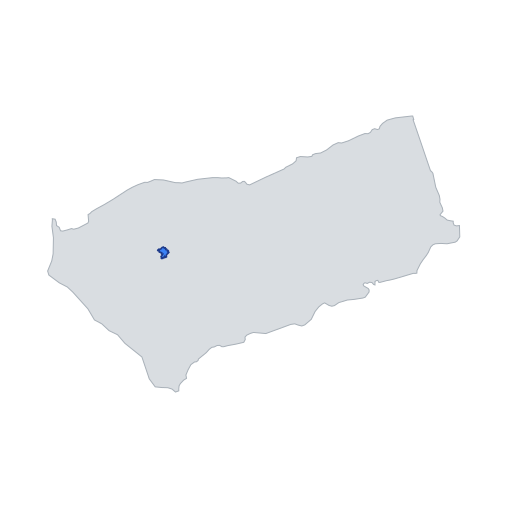 location of Atwima Kwanwoma, Ashanti, Ghana, rotated 72°
{"feature_id": "2480657B14749544754301", "entity_name": "Atwima Kwanwoma", "entity_type": "district", "adm_level": 2, "iso_a3": "GHA", "parent_name": "Ghana", "parent_adm1": "Ashanti", "projection": "equal_earth", "projection_center": [-1.697, 6.59], "detail": "fine", "context": "in_parent", "style": "filled", "palette": "blue", "viewbox_px": 512, "rotation_deg": 72, "n_neighbors": 0, "source": "geoboundaries", "source_scale": "gbopen_adm2", "svg_char_len": 5264}
<svg xmlns="http://www.w3.org/2000/svg" viewBox="0 0 512 512"><g transform="rotate(72 256 256)"><path d="M300.8,56.3L303.8,60.1L304.4,62.3L303.4,70.5L301.2,76.2L299.8,81.6L300.0,84.2L301.3,86.9L305.9,91.1L308.2,93.9L311.0,98.0L314.2,102.1L319.6,107.4L322.0,108.3L321.8,109.8L321.1,111.8L320.6,131.5L320.2,136.6L319.8,139.1L319.4,146.5L318.8,147.5L317.8,147.5L316.8,147.7L316.6,149.2L317.0,150.7L320.3,151.8L319.5,152.9L317.1,153.9L316.0,156.1L316.5,158.6L315.1,160.7L315.5,162.0L316.4,163.0L317.8,162.7L321.6,159.3L323.2,158.9L325.2,159.6L328.9,164.8L329.0,167.3L327.6,176.0L326.1,182.7L325.9,191.6L327.4,196.7L327.2,199.4L325.6,201.8L321.8,205.2L322.1,207.6L323.8,212.0L327.0,216.9L333.3,223.0L336.6,230.9L336.7,234.1L334.7,237.3L332.5,240.1L331.8,244.1L332.8,270.6L327.9,282.1L327.9,285.4L328.4,289.2L329.7,291.5L332.2,292.1L334.3,294.3L333.6,302.4L332.5,310.6L332.3,314.6L331.7,316.5L329.8,318.1L329.1,320.6L329.6,323.9L329.2,326.2L330.3,329.3L332.5,333.1L336.2,342.6L337.5,343.4L338.2,345.4L337.8,347.3L339.2,351.5L343.2,355.7L347.5,359.4L350.9,359.9L351.7,363.2L354.0,367.4L355.6,369.2L358.2,370.4L360.4,371.1L360.5,374.6L356.6,377.0L354.0,380.6L352.0,386.2L349.3,392.3L339.8,395.5L336.2,395.5L316.8,395.7L298.5,407.7L288.1,412.0L281.6,418.8L272.9,423.6L266.9,429.4L254.3,432.2L233.7,441.4L227.2,445.0L220.7,451.4L210.1,458.9L205.9,458.8L197.6,451.8L191.3,448.3L176.0,443.0L164.6,440.9L159.1,438.6L157.6,438.2L158.9,435.7L162.0,435.5L165.4,436.3L167.9,434.3L171.6,434.1L172.6,432.1L172.9,427.0L172.9,423.0L174.2,421.1L174.5,416.3L172.7,405.7L171.4,404.5L164.7,402.9L164.3,400.8L163.1,398.6L161.8,393.1L160.3,384.9L158.0,374.8L153.5,358.1L152.4,352.3L151.7,346.2L151.5,339.1L152.5,336.4L152.3,332.7L151.9,329.0L155.1,320.5L161.3,310.1L162.6,306.4L163.7,303.8L163.9,300.0L165.0,287.9L168.0,273.3L169.8,267.8L171.1,264.8L172.6,259.9L173.0,257.7L178.7,251.9L181.3,250.4L181.9,248.1L181.0,245.7L181.4,244.0L182.8,243.2L184.9,242.5L186.4,240.1L184.0,222.1L182.1,204.2L182.0,202.6L180.8,200.2L179.7,192.7L177.8,188.4L175.1,187.1L175.1,183.1L177.8,176.2L178.5,172.1L177.2,170.9L177.0,167.8L178.0,162.7L177.5,159.5L177.0,156.2L174.2,148.4L173.6,142.8L175.0,139.6L175.0,132.5L173.5,121.5L173.2,114.6L174.3,111.7L173.8,109.0L171.7,106.4L171.6,103.8L173.3,101.4L173.1,99.4L171.0,98.0L169.0,94.7L167.3,89.3L167.7,80.8L170.9,65.0L171.3,63.7L175.0,63.8L175.0,64.5L186.4,64.3L199.4,64.1L214.9,63.9L229.0,63.7L229.6,63.0L232.0,62.2L246.2,63.8L255.1,63.0L258.9,63.5L261.7,64.6L267.8,63.9L271.1,64.3L273.6,68.2L274.6,68.2L276.0,66.5L278.4,64.6L280.9,63.1L282.7,60.0L283.8,57.7L285.4,58.2L287.8,58.1L289.3,56.1L289.9,53.1L300.8,56.3Z" fill="#d9dde1" stroke="#a8b0b8" stroke-width="1"/><path d="M229.1,341.3L228.8,341.3L228.7,341.3L228.3,341.3L228.2,341.2L227.9,341.1L227.7,341.0L227.4,341.0L227.5,341.0L227.4,341.0L227.3,340.9L227.2,340.6L227.1,340.4L227.0,340.2L226.9,340.0L226.7,339.9L226.5,339.7L226.4,339.5L226.4,339.4L226.4,339.2L226.4,338.9L226.2,338.7L225.9,338.2L225.8,337.9L225.7,337.8L225.6,338.0L225.4,338.1L225.2,338.4L225.0,338.5L224.9,338.7L224.7,338.8L224.5,338.3L224.5,338.1L224.4,337.9L224.0,337.9L223.9,337.8L223.5,338.1L223.4,338.2L223.4,338.3L223.3,338.1L223.1,338.2L223.0,338.3L223.1,338.5L222.9,338.6L222.7,339.0L222.4,339.3L222.2,339.5L222.0,339.9L221.9,339.9L221.6,339.8L221.4,339.8L221.4,339.7L221.2,339.7L221.1,339.8L220.9,339.8L220.9,339.7L220.8,339.8L220.7,340.1L220.5,340.3L220.5,340.1L220.4,340.1L220.4,339.8L220.3,339.7L220.1,339.7L220.0,340.0L220.0,340.4L219.9,340.5L219.8,340.8L219.6,340.8L219.4,340.9L219.3,341.0L219.2,341.1L219.1,341.3L218.8,341.3L218.7,341.4L218.7,341.5L218.8,341.7L218.9,341.8L218.9,342.0L219.0,342.3L218.9,342.4L218.9,342.5L218.9,342.8L219.0,342.9L219.1,343.1L219.3,343.6L219.5,343.8L219.8,343.9L219.9,344.2L219.9,344.3L219.8,344.6L219.8,344.8L219.9,345.0L220.0,345.1L220.0,345.4L219.8,345.6L219.7,345.7L219.6,345.8L219.5,346.0L219.4,346.2L219.4,346.3L219.5,346.5L219.7,346.8L219.8,347.0L220.0,347.2L219.9,347.4L219.9,347.5L220.2,347.8L220.3,347.8L220.4,347.7L220.5,347.7L220.6,347.4L220.6,347.2L220.7,346.9L220.7,346.7L220.8,346.7L221.0,346.5L221.1,346.4L221.3,346.4L221.5,346.5L221.8,346.8L222.0,346.9L222.3,346.8L222.2,346.4L222.4,346.0L222.5,345.9L222.4,345.9L222.5,345.9L222.8,345.8L223.0,346.0L223.1,345.9L223.3,345.8L223.4,345.7L223.5,345.5L223.6,345.4L223.7,345.0L223.6,344.8L223.7,344.7L223.9,344.6L224.0,344.7L223.9,344.8L224.0,344.8L224.4,344.8L224.5,344.8L224.8,344.9L224.9,345.1L225.1,345.2L225.3,345.0L225.4,344.9L225.5,344.5L225.5,344.4L225.5,344.1L225.8,344.3L226.0,344.6L226.1,344.8L226.2,345.0L226.5,345.3L226.6,345.5L226.8,345.8L227.0,346.2L227.0,346.3L227.3,346.4L227.3,346.5L227.5,346.5L227.7,346.4L227.9,346.4L228.0,346.3L228.1,346.5L228.3,346.5L228.8,346.7L229.0,346.8L229.2,346.7L229.2,346.4L229.2,346.2L229.2,345.9L229.2,345.7L229.0,345.4L229.0,345.2L228.9,345.2L229.0,345.0L228.9,345.0L229.0,345.0L228.9,344.9L228.9,344.7L228.8,344.4L228.8,344.2L228.7,344.2L228.6,343.9L228.5,343.7L228.5,343.3L228.4,343.3L228.5,343.3L228.4,343.2L228.5,343.2L228.4,343.1L228.5,343.0L228.4,343.0L228.4,342.9L228.5,342.9L228.6,342.7L228.8,342.6L229.0,342.6L229.3,342.7L229.3,342.4L229.2,342.4L229.1,342.2L229.3,342.0L229.2,341.9L229.2,341.7L229.1,341.3Z" fill="#3b82f6" stroke="#1e3a8a" stroke-width="1.5"/></g></svg>